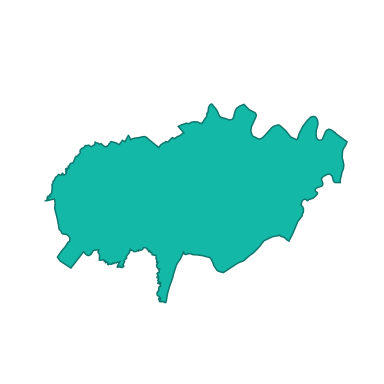 outline of Ba Ria, Bà Rịa - Vũng Tàu, Vietnam, rotated 205°
{"feature_id": "81297802B66449035371360", "entity_name": "Ba Ria", "entity_type": "district", "adm_level": 2, "iso_a3": "VNM", "parent_name": "Vietnam", "parent_adm1": "Bà Rịa - Vũng Tàu", "projection": "robinson", "projection_center": [107.192, 10.508], "detail": "fine", "context": "isolated", "style": "filled", "palette": "teal", "viewbox_px": 384, "rotation_deg": 205, "n_neighbors": 0, "source": "geoboundaries", "source_scale": "gbopen_adm2", "svg_char_len": 5985}
<svg xmlns="http://www.w3.org/2000/svg" viewBox="0 0 384 384"><g transform="rotate(205 192 192)"><path d="M320.9,122.3L320.0,122.6L313.8,127.6L311.4,124.3L309.7,119.4L309.0,118.4L303.0,111.1L298.6,105.1L296.8,102.2L296.2,101.8L295.0,101.6L292.7,99.8L291.7,99.4L290.3,99.6L287.9,100.6L284.4,99.6L283.3,98.8L282.1,95.6L282.7,94.8L283.2,93.6L283.7,89.0L285.3,83.2L286.5,76.1L282.5,73.8L269.6,71.9L265.0,92.0L262.7,91.0L260.8,90.4L259.0,90.6L258.4,91.0L257.2,92.7L256.8,96.7L256.3,97.7L252.2,100.2L251.8,97.7L249.9,96.7L249.3,96.0L247.2,91.1L244.9,92.2L243.9,93.0L242.7,92.8L242.1,93.2L241.9,93.0L242.2,92.6L242.0,92.0L240.9,92.5L240.4,91.5L239.1,92.7L238.8,92.7L237.9,90.8L237.2,90.7L236.8,91.6L234.2,92.6L233.9,94.0L232.6,94.0L232.1,95.4L230.8,95.6L230.0,96.9L229.1,96.9L228.0,98.1L228.3,94.3L228.1,92.4L227.5,92.3L227.1,92.7L226.5,92.9L226.1,94.2L224.9,93.6L223.5,93.9L222.5,95.4L222.4,96.0L222.7,96.3L223.8,96.4L224.1,96.7L223.7,97.5L223.7,99.7L223.8,100.5L224.4,101.2L224.3,102.3L223.4,104.0L223.4,104.7L224.2,105.5L224.1,107.3L223.2,109.9L223.2,111.2L223.7,111.9L223.5,113.9L222.7,113.2L222.0,113.7L220.6,113.8L219.4,113.4L217.8,114.2L216.7,115.6L215.4,115.9L215.4,116.4L216.0,117.0L214.0,117.5L213.2,118.2L212.4,119.4L212.6,120.4L212.4,121.0L211.9,121.4L209.8,121.9L208.3,121.4L208.2,120.9L207.4,120.9L206.9,120.5L206.4,120.5L206.3,120.0L206.0,119.7L205.6,119.9L205.3,120.8L204.9,120.6L204.1,119.5L203.7,119.6L203.2,120.0L202.8,120.0L201.7,118.3L201.1,118.4L200.7,118.8L199.8,118.6L198.6,119.2L197.6,118.9L197.1,118.2L196.5,116.4L195.0,115.3L194.3,113.2L193.9,113.1L193.1,113.7L193.3,110.7L192.3,110.0L192.1,109.1L191.4,109.0L190.2,108.1L188.9,108.7L188.7,108.5L189.0,107.3L187.9,105.6L187.9,105.3L189.1,104.0L189.2,103.5L188.6,102.6L187.2,101.8L186.6,101.0L186.8,100.5L187.7,100.2L187.8,100.0L187.7,99.7L185.6,99.4L185.5,98.8L185.7,97.4L185.1,96.9L184.0,96.9L183.9,96.3L184.5,95.2L184.4,94.8L183.7,94.7L183.5,94.8L182.5,96.4L182.1,96.6L181.9,96.4L181.9,94.7L180.6,93.8L180.6,93.2L181.5,92.7L181.7,92.3L181.3,90.1L180.5,88.7L181.1,87.0L181.1,85.8L180.2,84.1L179.6,83.7L178.6,83.6L177.2,83.0L175.7,82.7L175.7,82.0L176.9,81.6L177.1,81.1L176.6,80.7L175.6,80.7L175.4,80.2L175.7,79.6L175.1,79.0L174.6,79.1L174.5,80.2L173.5,79.5L171.7,80.5L170.3,80.2L169.5,80.7L169.1,80.7L169.3,82.6L171.2,89.4L172.4,96.6L173.2,105.6L174.0,109.4L175.2,118.7L175.2,120.6L174.3,126.5L174.2,134.0L172.7,132.6L171.4,132.6L169.4,134.3L167.6,135.5L164.6,135.6L161.3,137.0L156.2,138.6L151.1,139.6L147.6,140.1L143.4,137.0L142.2,135.6L140.8,134.3L136.2,131.6L134.9,131.4L133.2,131.5L129.5,132.2L121.3,145.6L119.5,148.0L116.1,151.5L112.8,159.1L111.2,161.7L109.7,165.3L108.2,169.6L106.1,178.3L100.5,185.1L97.8,187.3L95.0,189.0L94.9,189.8L92.2,189.4L90.0,189.8L88.6,189.7L86.0,188.8L83.4,188.4L83.1,196.2L83.6,210.2L82.1,217.0L82.2,217.7L82.6,218.2L82.6,220.9L83.5,223.2L84.2,224.3L86.0,225.7L86.9,225.8L87.7,226.2L87.9,228.0L88.3,228.7L88.3,231.0L87.7,232.3L86.2,233.4L85.5,233.4L84.3,232.9L83.4,233.1L82.9,234.6L81.0,236.2L79.5,237.8L78.0,241.4L77.6,243.4L77.7,244.0L78.4,244.5L79.9,244.7L80.9,245.2L81.3,245.9L81.3,247.2L80.1,249.2L77.3,251.7L76.6,253.0L76.6,253.8L77.0,255.0L79.9,258.1L80.2,258.9L80.0,260.5L79.4,261.8L76.7,265.3L74.6,266.5L71.6,265.6L68.8,262.1L67.2,261.1L66.1,261.1L61.6,263.2L62.4,264.7L63.1,266.8L63.3,268.8L64.3,272.5L64.7,277.4L65.7,280.4L68.0,283.7L70.0,286.1L70.8,287.5L72.9,292.9L73.1,294.8L72.5,300.2L72.6,302.6L73.0,303.1L85.9,305.6L87.4,306.4L92.2,307.1L94.5,306.8L96.1,304.8L96.5,302.7L96.1,295.3L96.5,294.2L97.4,293.3L98.7,292.7L100.4,292.7L102.3,294.1L104.1,297.0L105.4,300.5L106.5,306.8L108.1,309.5L109.8,311.1L111.6,312.1L113.2,312.1L115.2,310.9L116.1,309.9L117.2,307.0L118.3,303.2L119.4,297.8L119.5,289.7L118.8,284.5L119.3,283.6L125.8,283.6L133.0,287.2L140.4,289.4L141.5,289.4L142.3,289.2L145.6,286.3L147.0,283.8L149.3,275.7L151.1,270.7L152.7,268.9L154.4,268.1L156.3,268.3L160.2,268.3L161.5,268.9L163.1,270.5L164.1,271.9L164.8,273.1L165.7,276.2L165.8,287.0L166.1,288.7L166.8,289.5L167.6,290.2L168.6,290.5L174.8,290.7L181.9,293.4L184.8,290.4L186.9,286.9L187.1,284.4L186.8,281.7L185.9,276.8L186.1,275.4L186.6,274.5L187.7,273.6L189.4,272.9L192.8,272.7L197.1,271.9L198.8,272.2L199.6,272.7L203.1,275.9L205.9,277.7L208.8,278.9L210.9,280.1L211.6,279.9L212.3,279.1L212.6,278.1L212.7,275.5L211.4,271.5L211.4,270.3L211.7,269.8L211.6,269.0L210.7,267.2L210.6,266.3L211.3,263.7L211.5,260.8L211.7,259.8L212.0,259.3L212.2,258.1L214.9,257.7L216.5,257.8L219.9,256.5L222.2,254.9L223.6,252.6L226.1,252.0L227.3,250.9L230.1,248.2L232.2,245.6L224.4,242.1L225.6,240.4L226.7,238.1L228.7,236.0L230.3,233.0L232.4,233.1L232.9,232.8L234.5,228.5L234.7,227.5L235.1,227.0L237.2,226.6L237.5,225.3L239.0,223.9L240.1,221.8L241.0,218.3L254.0,221.5L256.3,222.3L258.2,222.3L260.1,221.2L263.6,218.5L266.7,216.6L268.7,214.8L269.8,213.4L270.3,213.6L270.7,214.3L272.0,215.5L273.0,216.2L273.6,216.3L274.0,209.3L276.8,209.5L278.0,204.1L281.5,204.4L286.5,203.6L286.8,203.4L287.0,201.8L287.5,201.0L287.6,199.0L289.0,196.6L290.0,196.3L291.8,196.5L294.7,197.4L295.0,197.3L296.1,196.2L297.9,196.5L299.1,196.2L300.8,196.3L300.4,194.8L300.3,193.2L301.1,192.7L302.3,190.5L302.7,190.3L304.4,190.8L305.4,190.8L306.9,189.6L308.3,189.1L308.5,188.5L308.6,186.7L310.3,185.0L311.0,183.1L310.9,182.0L309.8,180.2L309.8,179.8L310.2,178.8L310.2,177.9L310.8,177.4L310.9,175.9L312.1,175.4L312.5,173.6L312.2,172.5L312.1,168.5L312.5,167.8L313.9,166.8L314.3,166.2L314.2,164.2L315.0,163.0L314.7,162.4L313.8,161.9L314.2,161.3L315.8,160.3L316.2,159.4L316.0,158.9L315.5,158.9L314.9,159.3L314.5,159.1L315.2,157.4L315.1,157.0L314.1,156.6L314.1,155.0L315.2,153.1L316.9,154.2L317.5,154.2L317.6,152.0L317.8,151.7L320.0,151.7L320.4,151.5L320.8,149.5L321.9,147.6L321.7,144.8L322.4,143.0L321.8,141.2L321.9,139.2L320.6,136.9L318.9,132.3L318.8,131.8L319.0,130.8L319.7,129.6L319.6,128.9L319.0,127.8L320.2,127.8L320.7,127.5L320.9,125.8L320.6,124.9L319.4,124.9L319.2,124.3L320.2,123.4L320.9,122.3Z" fill="#14b8a6" stroke="#0f766e" stroke-width="1.5"/></g></svg>